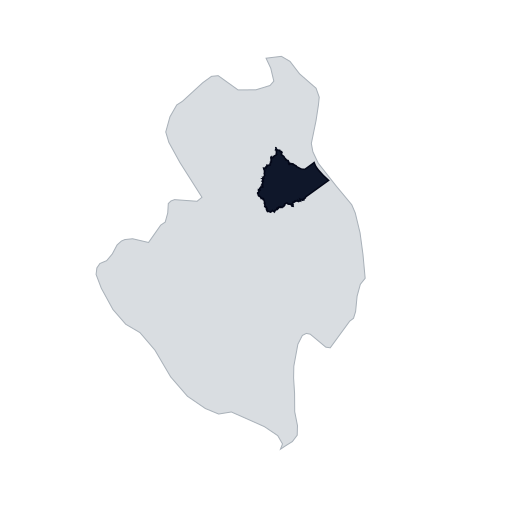 Karongi, Western, Rwanda (highlighted), rotated 144°
{"feature_id": "39286606B2179123121438", "entity_name": "Karongi", "entity_type": "district", "adm_level": 2, "iso_a3": "RWA", "parent_name": "Rwanda", "parent_adm1": "Western", "projection": "equal_earth", "projection_center": [29.451, -2.174], "detail": "fine", "context": "in_parent", "style": "filled", "palette": "ink", "viewbox_px": 512, "rotation_deg": 144, "n_neighbors": 0, "source": "geoboundaries", "source_scale": "gbopen_adm2", "svg_char_len": 7018}
<svg xmlns="http://www.w3.org/2000/svg" viewBox="0 0 512 512"><g transform="rotate(144 256 256)"><path d="M213.7,148.3L218.5,148.2L249.9,138.1L253.1,141.2L258.1,160.9L260.8,163.8L265.2,164.5L274.0,160.0L290.2,144.6L297.3,135.2L305.6,122.1L316.2,107.3L322.2,94.3L328.0,86.8L335.6,84.5L344.0,85.1L349.8,85.3L345.0,88.4L344.0,97.9L349.5,113.0L367.6,144.3L379.1,150.1L386.6,162.3L393.9,182.8L396.1,208.4L393.1,239.3L394.9,262.2L401.5,277.3L403.2,296.8L400.1,320.8L396.2,335.1L391.7,339.9L386.6,341.7L379.6,340.0L371.1,342.1L361.9,346.6L356.1,347.2L352.5,346.4L345.7,342.5L335.0,330.1L314.9,337.0L309.5,336.8L302.1,342.7L296.1,350.0L292.5,350.5L288.8,349.5L271.5,334.9L265.2,335.3L262.6,376.4L259.7,399.2L256.1,409.4L243.8,419.2L231.3,424.8L224.5,424.4L197.2,427.5L186.4,427.5L180.6,424.1L172.9,400.9L158.4,390.5L144.4,385.7L138.8,387.0L133.7,399.2L131.6,410.1L118.1,402.6L114.1,393.4L113.7,377.8L108.8,356.4L111.5,347.3L116.8,341.4L128.0,330.1L145.1,314.5L148.7,307.0L151.1,294.5L150.0,265.6L148.4,241.2L150.4,232.5L158.2,213.6L168.6,194.3L180.8,173.8L188.2,171.8L197.8,164.1L208.0,152.6L213.7,148.3Z" fill="#d9dde1" stroke="#a8b0b8" stroke-width="1"/><path d="M211.5,309.1L212.7,308.6L213.1,308.6L213.4,308.2L213.7,307.4L213.9,307.8L214.2,307.4L214.6,308.1L214.9,308.3L215.1,307.8L214.9,307.3L215.1,306.7L215.6,306.9L215.5,306.4L216.0,306.2L216.4,305.7L216.8,306.1L217.5,306.2L218.0,305.5L217.8,305.0L218.4,304.1L218.3,303.7L218.5,303.3L218.4,303.1L218.4,302.5L218.2,302.3L217.9,302.3L217.7,301.7L217.6,300.8L217.9,300.6L217.8,300.3L218.0,299.7L217.7,299.7L217.7,299.3L217.6,299.1L217.4,299.4L217.0,299.2L216.9,298.3L216.3,298.3L216.2,298.2L216.5,297.4L217.0,297.1L216.9,296.9L216.7,297.0L216.7,296.8L216.8,296.4L216.7,296.0L216.9,295.6L217.3,295.1L217.5,294.6L218.0,294.0L218.2,293.9L218.1,293.6L217.9,293.5L218.3,293.2L218.2,292.9L218.6,292.6L218.6,291.9L218.9,291.5L219.4,291.4L219.4,291.1L219.8,291.1L219.9,290.9L219.7,290.7L219.7,290.4L219.5,290.2L219.4,290.3L219.2,290.3L219.2,289.9L218.9,289.7L218.9,289.3L219.0,288.9L219.1,289.1L219.2,289.7L219.3,289.8L219.5,289.7L219.6,288.7L219.3,287.9L219.6,288.2L219.8,287.5L220.3,287.4L220.4,286.8L220.0,286.9L219.9,286.3L220.1,286.1L220.4,286.3L220.6,285.5L220.6,285.2L220.0,285.1L219.7,284.9L219.3,284.1L218.9,283.7L218.5,282.9L218.1,282.9L218.0,283.1L217.6,282.8L217.2,282.8L215.9,283.2L215.7,281.9L215.5,281.6L215.3,281.6L215.2,281.3L215.3,280.8L214.7,280.9L214.2,281.7L213.8,281.9L213.5,281.6L212.5,281.6L211.9,281.2L211.5,281.1L211.0,281.2L211.1,281.3L211.4,281.3L211.5,281.5L211.4,282.1L211.2,282.3L210.9,281.9L210.6,282.1L210.4,281.5L210.0,281.6L209.9,281.9L209.7,281.7L209.5,281.9L209.4,281.8L209.0,282.0L208.8,281.8L208.6,282.4L208.4,282.4L208.4,282.2L208.1,281.9L208.3,281.7L208.3,281.3L207.8,280.9L207.3,281.1L207.2,280.9L207.0,281.2L206.4,280.1L206.2,280.3L205.9,280.0L205.6,280.0L204.9,279.8L204.6,280.2L204.4,280.1L204.0,279.9L203.6,280.3L202.9,280.2L202.5,280.6L202.7,281.0L202.4,281.3L201.9,281.1L201.7,281.2L201.3,281.0L200.2,281.1L200.1,280.8L199.8,280.5L199.8,280.3L199.5,280.2L199.7,279.6L199.5,279.1L199.3,279.1L199.1,278.7L198.8,278.6L198.6,278.3L198.3,278.3L198.2,278.0L197.7,277.8L197.6,277.5L197.6,277.1L196.9,277.2L196.9,276.8L197.1,276.7L197.4,275.9L197.4,275.3L197.6,275.1L196.8,274.4L196.7,274.8L196.4,275.0L196.2,275.4L195.9,275.5L195.9,275.8L195.6,276.3L195.3,277.2L195.0,277.3L194.8,277.6L194.4,277.8L194.3,277.5L194.1,277.3L193.6,277.2L193.5,277.3L193.2,277.0L192.5,277.1L192.4,277.5L192.5,277.7L192.3,277.9L191.8,277.7L191.6,276.9L191.2,276.9L191.1,277.2L190.8,277.1L190.7,276.4L190.4,276.1L190.1,276.1L190.0,275.9L189.8,275.8L189.5,276.1L189.5,275.8L189.7,275.2L189.5,274.9L189.0,274.9L188.9,275.3L188.7,275.2L188.2,274.8L188.1,275.0L187.9,275.0L187.7,274.6L187.5,275.2L187.3,275.2L187.1,275.8L186.9,275.1L186.3,275.3L186.1,274.6L185.7,274.6L185.4,274.4L185.0,274.4L184.9,274.1L185.1,274.1L185.1,273.7L185.3,273.6L185.1,273.5L184.9,273.6L184.5,273.6L184.1,273.3L184.0,273.5L183.8,273.8L183.7,273.8L183.5,274.1L183.2,274.3L182.1,273.9L181.8,274.0L181.2,274.6L152.8,274.5L154.2,281.7L154.6,285.5L155.0,289.2L155.0,292.0L154.9,293.7L154.5,295.6L154.0,297.5L155.4,297.4L165.5,297.4L168.0,299.4L168.5,300.2L170.5,304.2L170.7,304.9L170.5,305.5L171.2,306.4L171.1,306.5L171.2,306.9L171.5,307.0L171.7,307.6L171.9,307.7L171.8,308.0L171.7,308.1L171.7,308.4L171.9,308.7L172.0,308.6L172.0,308.4L172.2,308.2L172.4,308.2L172.6,309.2L172.8,309.2L172.8,309.7L172.9,309.8L173.2,309.6L173.6,309.8L173.7,310.3L174.0,310.5L174.0,310.8L174.3,310.5L174.7,310.4L175.0,310.4L175.1,310.6L175.2,310.8L175.3,310.6L175.5,310.6L175.6,310.9L175.5,311.3L174.9,311.2L174.8,312.2L174.6,312.8L174.2,313.1L174.3,313.6L174.0,313.9L173.9,314.3L174.1,314.7L174.9,315.3L174.9,315.6L175.1,315.8L174.9,316.0L174.9,316.4L175.3,316.5L175.0,317.4L175.2,318.0L175.2,318.4L175.0,319.3L175.0,320.4L175.2,320.6L175.2,321.2L175.5,321.7L175.6,322.5L175.9,322.8L175.8,323.1L175.5,323.2L175.2,323.6L175.3,323.8L174.8,324.1L174.6,324.6L174.1,324.5L174.0,324.8L174.0,325.3L174.2,325.5L174.2,325.8L174.9,326.2L174.9,326.4L174.6,327.5L175.5,328.4L176.3,328.8L176.3,329.1L176.5,329.3L176.4,329.6L176.4,330.0L176.6,330.2L176.6,330.6L177.0,330.7L176.6,330.9L176.2,331.6L176.2,331.8L176.3,332.0L176.7,332.3L176.9,332.4L176.4,332.1L176.2,331.7L176.3,331.5L176.7,330.9L177.4,330.7L177.6,330.2L177.5,329.9L177.8,329.5L177.9,328.9L178.9,327.3L179.2,327.2L179.4,326.9L179.7,326.6L179.7,326.1L179.9,326.2L180.2,325.9L182.6,326.2L183.2,325.8L183.7,326.3L184.2,325.7L184.9,325.7L185.2,325.8L185.2,326.0L185.5,326.9L185.4,327.3L185.9,327.2L186.1,327.0L186.1,326.6L186.3,326.4L186.3,326.2L186.6,326.1L186.6,325.9L186.8,325.8L187.1,325.1L187.4,324.8L187.3,324.6L187.6,324.3L187.7,323.9L187.9,323.9L187.9,323.6L188.3,323.0L188.6,322.9L189.1,323.4L189.7,322.6L190.1,322.6L190.5,322.3L190.8,321.6L190.8,321.3L191.0,321.1L191.7,321.4L191.9,321.8L192.7,322.2L192.8,322.4L193.3,322.6L193.5,322.4L193.8,322.5L193.9,322.9L194.4,322.4L195.0,322.4L194.8,321.9L195.1,322.0L195.3,321.8L195.5,322.0L195.7,321.6L196.0,321.6L196.4,321.2L196.8,322.0L197.7,322.0L198.0,322.4L198.3,321.9L198.4,322.1L198.5,321.8L198.8,321.2L198.6,320.9L198.9,320.1L198.8,319.9L198.9,319.7L199.2,319.7L199.3,319.2L199.8,319.1L200.3,318.1L200.6,318.1L200.8,317.8L201.0,317.7L201.0,317.3L201.5,316.6L201.4,316.3L201.6,316.0L202.0,315.9L202.4,316.4L202.3,316.2L202.6,315.7L203.4,315.4L203.4,315.2L203.6,315.1L203.8,314.7L204.0,315.0L204.0,314.9L204.1,315.0L204.5,315.0L204.6,314.3L204.9,313.9L204.9,314.3L205.3,314.6L205.0,313.7L205.3,313.2L205.6,313.1L205.8,313.4L206.0,312.8L206.4,312.9L206.3,312.6L206.6,312.6L206.7,312.3L206.9,312.4L206.8,312.1L207.0,312.2L207.2,311.9L207.2,311.6L207.5,311.3L207.7,311.0L208.2,310.8L208.5,310.1L208.7,310.4L208.9,310.1L209.0,310.3L209.5,310.2L209.4,310.1L209.2,310.1L209.0,309.5L209.2,309.3L209.2,309.6L209.4,309.7L209.7,309.4L209.4,308.8L209.5,308.6L209.8,308.7L209.9,307.9L210.2,308.1L210.6,307.9L210.9,308.0L211.2,308.6L211.2,308.9L211.5,309.1Z" fill="#0f172a" stroke="#020617" stroke-width="1.5"/></g></svg>